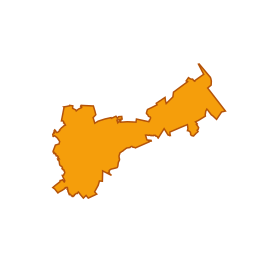 the district of Jocotitlán, México, Mexico, rotated 131°
{"feature_id": "50627088B17395030274981", "entity_name": "Jocotitlán", "entity_type": "district", "adm_level": 2, "iso_a3": "MEX", "parent_name": "Mexico", "parent_adm1": "México", "projection": "robinson", "projection_center": [-99.823, 19.716], "detail": "fine", "context": "isolated", "style": "filled", "palette": "amber", "viewbox_px": 256, "rotation_deg": 131, "n_neighbors": 0, "source": "geoboundaries", "source_scale": "gbopen_adm2", "svg_char_len": 5736}
<svg xmlns="http://www.w3.org/2000/svg" viewBox="0 0 256 256"><g transform="rotate(131 128 128)"><path d="M63.4,66.8L54.6,67.9L54.2,67.7L51.3,65.6L45.6,94.1L41.1,93.4L38.0,95.8L36.5,97.7L35.7,99.1L35.2,102.5L33.0,116.3L33.6,116.7L37.8,106.1L48.5,108.7L48.8,107.7L49.1,109.7L48.7,111.3L49.7,112.4L50.1,113.4L50.3,115.4L54.3,115.0L54.0,113.4L71.1,117.2L75.1,114.5L84.5,115.2L82.8,117.7L80.6,120.1L90.8,122.9L91.5,121.3L96.9,123.5L101.2,125.4L102.2,125.1L104.7,123.9L105.1,123.3L105.0,122.2L105.2,121.4L105.6,120.7L105.7,120.3L105.6,119.8L105.5,119.3L105.2,118.7L105.1,118.4L105.2,118.0L105.4,117.8L105.8,117.4L106.1,117.3L107.3,116.9L108.3,117.0L108.5,116.9L108.6,116.5L109.6,116.4L115.7,127.5L118.3,125.8L123.7,132.6L128.6,137.5L127.1,138.3L127.8,139.0L130.8,139.1L129.4,141.5L126.4,139.4L125.1,138.3L123.4,140.3L123.7,140.6L125.6,142.5L127.6,142.3L127.0,144.8L131.6,146.9L131.3,147.6L136.3,151.3L142.4,155.0L146.2,156.2L143.1,161.1L139.1,161.0L137.0,164.0L134.1,168.6L140.5,176.7L141.6,178.2L141.8,178.3L142.1,178.2L142.4,177.1L142.9,177.5L143.2,176.5L146.3,177.8L149.1,178.3L149.0,178.7L148.6,179.2L149.5,182.7L147.5,184.2L149.2,186.9L149.6,186.7L152.2,188.6L154.3,190.4L154.4,189.8L154.9,189.5L166.3,182.9L165.4,182.0L165.5,180.8L165.7,180.4L166.4,180.0L166.1,179.3L166.6,178.9L166.4,178.1L166.8,177.3L166.9,177.1L168.7,177.9L170.3,178.0L171.3,178.3L174.5,178.3L174.7,177.8L177.4,178.2L178.3,179.0L177.5,181.3L177.5,182.1L178.1,182.0L178.0,181.8L177.9,181.5L178.3,181.6L178.4,181.4L178.5,181.3L178.9,181.3L179.0,180.9L179.4,180.7L179.3,181.3L180.0,181.3L180.1,181.2L179.9,180.7L180.0,180.5L180.6,180.5L181.6,180.7L182.1,180.7L183.5,179.0L183.4,178.8L182.0,178.3L181.9,176.3L181.9,175.3L181.8,175.2L182.0,174.4L182.2,173.6L182.5,172.4L182.6,172.1L183.0,170.7L185.3,169.6L188.5,171.6L194.7,169.3L194.8,169.2L195.2,168.8L195.3,168.6L195.1,168.3L194.9,168.1L195.0,168.0L195.0,167.7L195.3,167.6L195.2,167.3L195.1,167.2L195.1,166.9L195.4,166.9L195.2,166.7L195.3,166.4L195.0,166.3L194.9,166.0L195.4,165.8L195.6,165.4L195.3,165.2L195.6,164.9L195.6,164.6L195.8,164.4L195.8,164.2L195.7,164.0L195.8,163.9L196.0,163.7L195.8,163.6L195.6,163.5L195.5,163.2L195.3,163.1L195.3,162.8L195.5,162.0L195.7,161.9L195.7,161.6L195.8,161.6L196.1,161.4L196.2,161.2L196.1,160.9L196.4,161.2L196.6,160.8L196.4,160.6L196.4,160.2L196.6,160.2L196.6,159.7L196.9,159.9L197.2,160.1L197.4,160.1L197.7,160.6L197.8,160.4L197.9,160.1L198.1,159.7L198.1,158.6L198.2,158.2L200.3,155.8L200.7,155.0L200.8,154.8L200.8,154.1L200.7,153.6L200.6,153.4L200.5,153.2L200.5,152.6L201.0,151.5L201.3,151.4L201.5,150.9L201.7,150.7L201.8,150.5L202.0,150.8L202.1,150.6L201.9,150.2L202.0,149.7L201.8,149.6L201.8,149.2L202.0,149.2L201.9,148.8L201.8,148.7L202.1,148.1L202.2,147.9L202.4,147.9L202.6,147.2L202.9,146.8L203.0,146.7L203.3,146.3L204.6,146.1L205.6,145.7L205.9,145.9L206.1,145.8L206.7,146.1L206.7,146.3L206.9,146.5L207.6,145.1L209.2,141.2L209.9,140.8L210.4,140.6L210.5,140.6L210.6,140.8L210.4,141.6L210.1,143.4L210.1,143.6L210.9,143.8L211.3,143.9L211.8,144.5L212.2,144.8L213.3,144.1L215.5,144.5L218.9,145.2L221.7,145.6L222.3,145.7L222.1,143.3L223.0,138.3L220.6,137.8L220.3,137.5L220.1,137.5L219.8,137.3L218.9,137.1L218.4,136.8L217.2,136.5L216.3,136.2L214.2,135.8L214.2,136.1L213.9,136.0L214.0,135.7L213.3,135.5L213.1,135.3L212.7,135.0L212.7,134.7L212.9,134.3L213.2,134.0L213.8,133.9L213.7,133.6L213.8,133.5L214.1,133.6L214.1,133.0L214.3,132.5L214.6,132.4L214.6,132.2L215.1,131.9L215.1,131.5L215.4,131.2L215.6,131.1L215.7,130.4L215.9,130.2L216.0,129.5L216.1,129.3L216.3,129.3L216.3,129.0L216.5,128.9L216.6,129.0L216.8,128.5L216.6,128.4L216.4,128.2L216.2,128.2L216.1,128.5L215.9,128.2L216.0,127.4L216.1,126.9L216.1,126.7L216.3,126.2L216.0,126.0L215.8,125.6L216.1,125.1L215.7,125.0L215.5,124.5L215.3,124.6L214.9,124.5L214.6,124.3L214.3,124.2L214.0,124.2L213.5,124.7L212.4,124.3L211.3,124.1L210.7,123.3L209.5,123.5L208.9,123.5L209.1,122.0L209.5,120.3L210.2,115.7L206.4,115.4L207.0,112.0L198.4,108.2L198.1,111.3L190.8,112.9L186.7,114.8L185.0,112.4L177.3,118.7L177.0,119.0L174.6,109.4L174.5,113.5L173.4,113.2L173.1,113.8L172.7,114.1L172.3,114.3L172.0,114.3L170.7,113.9L170.0,113.7L169.2,113.1L167.8,112.1L166.4,111.1L165.1,110.3L164.8,110.3L164.1,110.4L163.1,110.9L160.7,112.5L159.5,113.0L158.4,113.2L157.9,113.4L157.0,114.0L156.9,114.2L156.7,114.7L156.3,115.0L156.2,115.2L155.6,115.8L155.3,116.2L154.7,116.6L153.0,117.3L152.5,117.7L152.1,117.7L150.6,117.4L150.0,117.3L149.6,117.2L148.9,116.8L148.0,116.8L146.0,116.3L145.0,116.2L144.4,115.9L143.7,115.7L141.7,113.9L141.4,113.7L140.5,113.7L139.9,113.4L139.3,113.0L139.3,111.8L139.3,111.7L139.2,111.4L138.8,111.1L138.5,110.6L138.2,109.8L138.2,109.4L124.7,103.0L124.5,103.5L122.6,101.9L122.2,102.5L124.6,105.9L121.9,110.1L121.1,109.4L119.9,107.4L119.0,106.9L119.0,106.3L118.7,105.7L118.4,105.6L118.3,105.4L118.2,105.4L118.0,105.2L118.0,104.8L117.8,104.7L117.4,104.3L117.3,104.0L117.1,104.0L117.1,103.8L116.9,103.7L116.7,103.8L115.6,102.5L115.6,102.4L115.7,102.2L115.8,102.1L115.9,101.9L115.9,101.7L115.5,101.1L115.3,99.7L115.8,99.1L115.8,98.6L104.8,100.3L107.0,93.3L106.8,93.1L106.7,92.9L106.8,92.7L106.4,92.1L106.2,92.2L106.4,92.0L106.4,91.9L106.1,92.0L105.9,91.9L106.2,91.5L106.0,91.2L105.9,91.1L104.8,92.6L104.6,92.7L104.2,93.3L103.5,93.7L93.3,88.8L86.5,85.4L86.7,85.1L89.4,82.1L89.9,82.0L91.0,81.4L90.6,80.8L90.4,80.3L90.2,78.9L90.2,78.5L90.9,77.3L91.8,76.5L92.0,75.9L92.0,75.1L91.3,73.6L91.1,73.3L90.7,73.2L89.7,73.3L88.3,73.1L87.6,73.2L86.6,73.0L85.3,72.8L84.6,72.9L84.3,74.4L83.0,74.2L81.4,74.9L80.8,76.8L80.5,78.6L79.5,78.4L79.1,81.1L76.0,79.8L68.3,77.4L67.6,78.1L67.0,78.7L66.0,79.2L64.4,80.3L62.0,80.9L62.2,79.2L62.3,78.9L62.7,77.1L62.9,76.2L63.4,73.8L63.2,72.1L63.4,66.8Z" fill="#f59e0b" stroke="#b45309" stroke-width="1.5"/></g></svg>